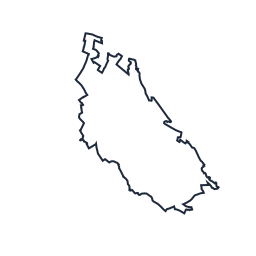 Boghis, Salaj, Romania, rotated 239°
{"feature_id": "2599482B63349683739439", "entity_name": "Boghis", "entity_type": "district", "adm_level": 2, "iso_a3": "ROU", "parent_name": "Romania", "parent_adm1": "Salaj", "projection": "equal_earth", "projection_center": [22.749, 47.16], "detail": "fine", "context": "isolated", "style": "outline", "palette": "slate", "viewbox_px": 256, "rotation_deg": 239, "n_neighbors": 0, "source": "geoboundaries", "source_scale": "gbopen_adm2", "svg_char_len": 5798}
<svg xmlns="http://www.w3.org/2000/svg" viewBox="0 0 256 256"><g transform="rotate(239 128 128)"><path d="M93.1,168.3L95.1,170.3L96.1,171.1L96.7,171.6L96.8,171.6L98.8,169.9L101.5,167.9L105.5,165.6L112.4,161.8L113.6,161.4L114.6,162.3L114.6,162.9L114.4,163.6L114.4,163.9L114.1,164.3L114.1,164.5L113.7,164.7L113.2,164.7L112.9,164.8L112.9,165.1L113.0,165.4L112.7,165.8L112.4,166.6L112.2,166.8L111.4,167.0L111.1,167.4L111.1,167.6L111.5,168.3L115.0,167.9L115.5,167.6L131.0,166.4L141.0,165.4L142.1,164.0L139.7,162.7L139.3,162.4L139.2,162.2L139.3,162.0L140.2,161.2L140.8,160.2L141.8,160.4L143.9,160.7L146.4,160.9L147.2,160.8L147.5,161.0L148.3,160.9L150.3,161.6L150.9,162.0L153.1,162.5L154.2,162.5L158.4,162.4L160.1,162.5L161.6,162.9L163.6,163.3L167.4,165.0L168.7,166.0L169.9,166.2L170.5,165.9L171.0,165.8L172.1,166.1L172.7,166.4L173.5,167.2L173.9,166.9L173.9,166.7L173.8,166.4L173.0,165.7L173.4,165.7L173.7,165.4L174.3,165.2L175.4,165.9L176.1,166.7L176.9,167.0L177.6,166.9L178.4,167.8L179.5,168.2L181.7,168.8L182.2,169.1L183.6,168.2L184.7,166.8L185.4,166.3L185.7,165.8L186.5,165.2L186.8,164.6L186.0,163.8L185.5,163.5L184.9,163.4L184.0,163.8L183.0,164.2L182.7,164.2L182.2,164.0L181.4,162.7L181.6,162.1L180.7,160.0L179.8,159.7L179.6,159.8L178.5,159.4L178.6,159.0L178.1,158.9L177.9,158.6L178.0,158.0L178.0,157.8L177.5,157.5L173.9,156.4L173.5,156.1L188.4,150.9L189.4,152.7L190.1,154.5L190.4,155.0L191.0,157.0L191.6,158.1L192.7,159.8L192.9,159.8L196.6,158.1L196.3,157.3L196.5,156.8L196.5,156.2L195.9,155.3L195.6,155.2L195.4,155.0L195.6,154.7L196.1,153.3L196.5,152.6L198.5,151.1L200.6,149.7L201.7,150.0L202.0,149.8L202.3,149.4L201.9,149.0L200.6,148.4L197.9,146.1L196.9,145.6L196.1,145.5L195.9,145.6L193.6,142.0L192.0,139.9L191.6,139.1L191.6,138.6L191.5,138.3L189.9,136.2L188.7,134.1L189.7,133.7L191.1,132.9L193.3,132.0L193.7,132.6L195.5,136.1L201.8,133.1L201.7,132.1L205.9,132.2L205.4,134.1L205.1,134.9L204.7,137.6L204.9,138.3L204.2,138.7L204.9,140.0L205.2,140.1L205.9,139.8L206.8,141.3L207.1,141.5L211.0,140.9L212.0,140.3L213.9,138.8L215.1,140.3L215.5,140.6L216.0,140.7L217.3,141.9L217.8,142.2L219.2,143.2L219.5,143.7L220.4,144.6L218.4,146.0L217.7,146.6L216.1,147.7L214.0,149.4L216.1,150.5L216.6,150.0L216.9,150.1L218.1,151.1L218.7,151.9L221.8,148.9L224.0,147.3L226.4,145.7L229.7,142.1L231.0,140.4L225.6,135.1L224.8,136.3L224.5,136.1L222.8,134.5L221.6,133.6L221.2,133.0L220.9,132.8L220.5,132.4L220.2,132.2L220.0,131.6L219.6,131.4L219.1,130.9L218.9,130.8L217.0,128.7L211.6,132.5L210.9,131.7L211.0,131.4L210.8,131.1L207.7,127.7L206.8,126.7L202.1,120.2L199.4,114.9L197.1,109.9L196.4,108.1L194.7,108.5L193.8,108.6L192.0,109.3L188.4,110.1L186.4,110.2L183.3,110.2L180.0,109.9L177.3,110.1L177.3,105.7L177.6,105.7L177.2,100.4L176.3,100.6L175.0,100.6L173.2,101.0L173.0,101.3L172.9,101.4L172.4,101.2L171.0,101.5L170.9,101.4L170.9,101.1L171.3,100.1L171.4,99.4L171.5,99.3L170.2,98.8L170.0,98.5L168.7,98.2L168.5,97.9L167.5,97.6L166.7,97.2L164.8,96.6L164.9,95.8L164.8,95.4L164.8,93.5L163.2,92.1L162.1,91.4L160.2,91.6L156.6,92.5L155.1,92.8L154.7,92.7L154.3,91.9L152.3,88.9L151.2,87.1L150.9,86.8L150.7,86.7L150.7,85.6L148.4,85.5L144.2,85.6L143.9,85.3L143.7,84.7L143.4,84.5L143.1,84.4L143.0,84.2L142.6,84.1L142.5,83.7L142.0,83.2L142.5,82.3L142.6,81.9L142.6,81.6L142.2,80.7L141.9,80.8L141.8,81.1L141.9,82.3L140.6,83.4L140.3,83.6L139.7,83.6L139.2,83.3L137.9,84.3L137.1,84.7L136.4,85.1L135.6,84.9L135.6,84.3L130.7,84.0L130.7,85.8L130.7,88.6L130.7,92.0L131.0,92.5L127.3,90.9L124.0,89.9L122.3,89.3L121.3,89.1L112.9,89.5L113.1,92.3L108.1,94.2L108.1,95.7L108.0,96.5L107.7,97.2L106.8,98.6L105.7,99.4L104.6,100.0L104.0,100.7L103.4,100.9L101.5,101.3L101.3,100.7L101.2,100.6L99.3,100.5L98.4,99.7L97.9,99.6L97.2,99.7L95.2,99.6L90.8,99.3L88.8,98.9L88.6,98.9L88.6,99.2L87.7,99.3L85.4,100.1L82.8,100.3L81.3,99.6L79.9,99.0L78.2,99.3L77.1,99.1L74.3,97.4L74.0,98.3L73.2,97.8L72.8,98.7L72.5,99.7L68.5,100.3L68.2,100.5L67.5,102.8L67.2,103.0L66.6,103.1L66.1,102.7L65.7,102.7L64.9,103.1L64.6,103.5L64.5,104.5L64.5,104.9L64.7,105.2L64.6,106.2L63.7,107.8L63.5,108.5L63.0,108.9L62.5,109.9L62.2,110.2L58.2,111.9L57.0,112.6L54.4,112.2L53.7,111.8L52.7,111.8L51.6,112.2L47.9,114.3L46.9,114.7L44.0,115.6L39.6,116.6L37.4,117.4L38.1,118.6L38.4,120.0L38.2,120.3L37.7,121.9L37.5,123.7L37.0,126.6L37.0,127.1L34.2,126.4L33.6,127.3L31.9,128.8L30.3,129.9L25.8,132.3L25.9,132.6L26.7,133.3L27.4,134.6L28.2,135.6L28.2,135.9L27.5,136.7L27.0,137.0L26.9,137.8L26.4,138.4L25.9,138.6L26.0,139.1L25.9,139.3L25.6,139.6L25.6,140.0L25.1,140.6L25.0,140.9L25.1,141.1L25.3,141.2L26.2,141.1L27.4,141.6L27.8,141.1L28.6,139.8L30.5,137.9L31.4,137.2L34.2,136.1L34.0,137.0L33.8,141.0L33.8,144.1L34.2,145.9L35.8,150.2L35.8,150.6L35.7,151.7L35.3,153.0L34.8,156.0L34.5,157.0L33.4,159.5L35.2,159.9L35.9,159.7L38.1,159.7L38.4,160.1L41.3,161.2L37.6,167.8L39.1,167.9L40.1,168.1L38.0,168.8L35.8,169.2L34.9,169.3L33.7,169.1L33.3,169.3L32.9,169.8L32.3,170.2L31.1,170.6L30.9,171.2L30.4,172.2L30.2,172.9L30.0,173.3L29.9,173.7L30.5,175.1L31.1,174.8L32.0,174.0L32.4,173.9L33.8,174.4L35.2,175.3L36.0,175.3L36.3,174.8L35.9,174.2L35.9,173.8L37.0,173.5L37.3,173.3L38.5,172.9L39.4,172.4L40.2,171.7L40.5,171.8L41.9,171.1L42.1,171.1L42.7,171.5L42.8,172.4L43.0,172.7L43.6,172.6L44.1,172.3L44.3,172.0L44.0,171.6L44.0,171.4L44.2,171.0L44.4,170.8L45.0,170.5L45.4,170.4L45.9,170.5L46.4,170.4L48.7,171.0L49.0,171.0L49.7,170.9L50.0,170.7L50.0,169.9L51.9,169.9L53.1,169.6L54.9,170.0L55.2,170.2L55.6,170.8L55.8,170.9L56.1,173.7L57.2,173.5L57.3,174.5L59.1,174.3L60.7,174.1L62.7,173.5L63.3,173.5L66.1,173.6L73.2,174.4L74.3,174.5L76.7,174.4L77.4,173.8L78.3,172.9L79.1,172.8L81.4,172.7L82.9,172.5L84.5,171.9L84.8,172.5L86.7,171.7L85.9,171.1L85.2,169.3L86.8,168.4L91.1,166.7L89.5,164.9L90.1,164.5L92.0,163.7L92.5,164.4L94.3,165.9L93.4,168.0L93.2,168.1L93.1,168.3Z" fill="none" stroke="#1e293b" stroke-width="2"/></g></svg>